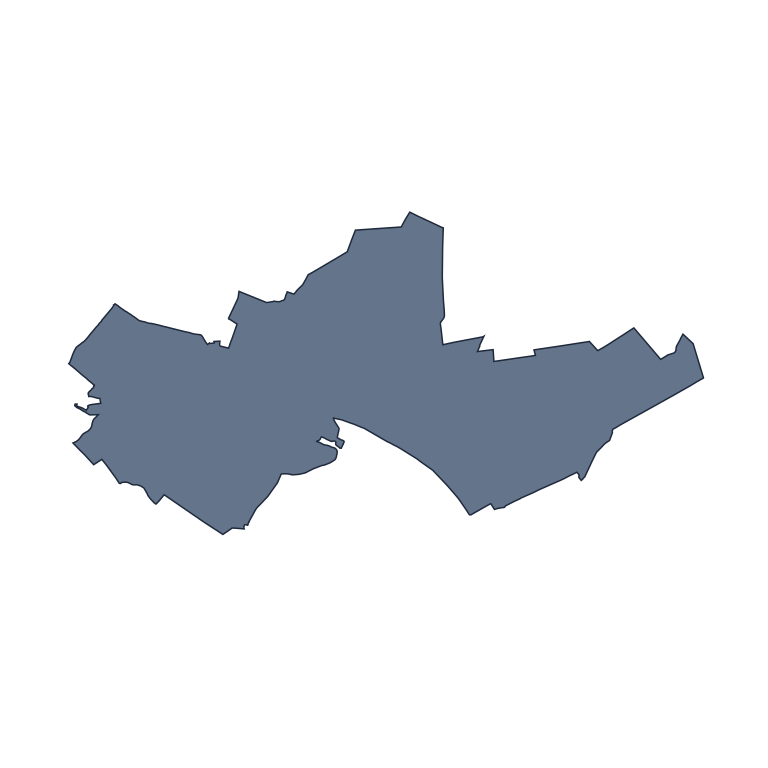 outline of Ortisoara, Timis, Romania, rotated 189°
{"feature_id": "2599482B24150767318125", "entity_name": "Ortisoara", "entity_type": "district", "adm_level": 2, "iso_a3": "ROU", "parent_name": "Romania", "parent_adm1": "Timis", "projection": "natural_earth1", "projection_center": [21.264, 45.956], "detail": "fine", "context": "isolated", "style": "filled", "palette": "slate", "viewbox_px": 768, "rotation_deg": 189, "n_neighbors": 0, "source": "geoboundaries", "source_scale": "gbopen_adm2", "svg_char_len": 6113}
<svg xmlns="http://www.w3.org/2000/svg" viewBox="0 0 768 768"><g transform="rotate(189 384 384)"><path d="M436.3,531.5L438.5,521.4L441.0,508.8L441.3,508.6L454.6,497.5L472.6,482.7L476.0,480.1L477.2,476.4L479.8,469.4L480.2,468.8L483.5,464.5L484.0,463.7L484.7,462.7L485.2,461.9L485.5,461.0L487.1,458.7L494.0,459.9L494.2,458.6L494.8,456.5L495.1,453.6L495.8,451.3L498.1,450.2L498.6,449.8L499.8,449.1L500.4,448.9L501.9,448.7L503.5,448.6L504.1,448.5L505.6,448.7L506.8,447.9L507.3,447.7L509.0,447.3L510.1,446.8L512.8,446.1L541.7,452.8L541.6,446.6L542.1,444.3L546.6,428.7L547.3,426.5L547.8,424.2L547.4,423.9L546.2,423.6L538.5,420.2L540.5,408.9L541.4,404.1L541.8,402.6L543.1,395.2L543.3,395.1L545.0,395.3L548.9,395.6L551.3,395.8L551.9,396.0L552.4,396.6L552.6,397.5L552.7,399.5L552.7,400.6L554.0,400.4L558.6,399.4L558.1,398.2L558.1,397.9L562.3,396.8L562.8,397.2L564.5,395.4L567.4,398.2L567.8,398.9L569.2,400.4L570.4,402.0L571.8,403.4L572.4,403.7L572.6,403.8L574.6,403.9L577.8,403.7L580.5,403.8L583.0,404.1L583.8,404.3L585.5,404.4L586.5,404.4L589.7,404.6L608.7,406.3L610.8,406.4L616.4,407.0L622.4,407.4L626.3,407.3L627.4,407.4L629.1,407.8L634.7,408.2L636.1,408.5L641.2,411.2L642.5,411.7L645.6,413.3L647.0,413.8L649.6,415.1L651.0,415.5L656.5,418.2L657.0,418.4L659.2,419.8L662.2,421.1L662.5,420.5L662.8,420.2L663.3,419.9L663.1,419.7L663.5,418.7L664.6,416.3L672.8,402.6L672.8,402.2L673.5,400.9L674.1,400.2L674.8,399.2L674.9,398.7L675.1,398.4L676.2,396.5L677.0,395.4L679.3,391.6L680.3,389.8L680.8,389.3L681.1,388.7L683.0,385.3L683.3,384.9L683.7,384.0L684.8,382.2L686.7,379.3L688.7,377.5L689.4,376.6L690.2,375.8L690.3,375.6L691.9,374.1L693.6,372.2L694.6,369.7L694.6,369.3L695.1,368.3L696.1,364.3L696.9,360.2L696.9,359.7L697.1,359.2L697.7,356.3L698.6,354.8L691.4,350.6L683.6,345.7L678.6,342.9L676.9,341.6L674.4,340.2L670.9,338.0L669.8,337.4L669.8,337.0L670.1,336.9L670.3,336.7L670.4,336.3L670.5,335.8L670.4,335.1L670.5,334.8L670.6,334.5L671.4,334.0L671.7,333.5L672.1,332.9L672.5,332.0L672.7,331.7L673.4,331.1L674.1,330.1L674.3,329.8L674.3,329.5L674.6,329.2L674.7,328.6L674.6,328.3L674.7,328.2L674.6,327.9L673.6,325.4L672.6,325.7L671.0,325.8L669.0,325.7L667.4,325.4L666.3,325.4L665.8,325.3L663.8,325.1L663.3,325.2L662.6,325.4L662.3,325.2L662.1,324.6L661.7,323.1L660.7,320.6L669.2,318.1L671.3,317.3L672.7,316.5L673.0,316.2L673.2,315.8L672.5,314.8L673.9,311.6L673.9,311.4L677.9,313.0L679.6,313.4L684.1,314.2L684.2,314.5L684.0,316.1L685.9,315.9L686.0,315.0L686.2,314.7L686.1,314.3L685.5,313.8L684.3,313.4L684.3,313.0L683.5,312.6L680.9,311.9L677.8,310.6L676.7,310.0L674.9,309.6L674.3,309.4L673.0,308.6L672.1,308.4L670.4,307.6L669.4,307.5L661.4,309.0L663.8,305.6L665.0,304.1L665.8,301.8L666.1,299.2L666.1,296.8L666.7,294.5L668.0,292.5L669.0,291.2L671.3,289.4L673.3,287.7L674.7,285.3L676.7,281.5L679.0,279.0L682.0,277.1L674.7,271.6L668.8,267.4L658.1,258.9L650.9,265.4L645.7,260.7L634.0,249.0L630.1,244.6L629.1,244.4L628.3,244.7L627.9,245.6L626.4,246.2L623.4,246.7L621.3,246.6L618.7,245.8L617.1,245.2L615.6,245.2L614.1,245.4L613.1,245.7L612.4,245.8L611.4,245.7L608.4,245.2L605.0,243.8L603.6,242.2L600.8,238.7L599.7,236.9L598.1,235.3L596.6,233.9L592.7,230.9L590.9,229.8L590.2,229.9L588.0,233.1L583.8,240.2L542.9,220.7L537.5,218.2L519.6,210.2L512.2,217.2L511.7,217.9L509.0,218.3L499.4,219.0L499.8,219.8L500.0,220.5L499.9,222.8L499.7,223.1L498.2,223.5L496.6,223.1L496.4,223.3L496.4,224.0L496.3,225.1L495.8,226.4L496.0,226.4L491.4,239.1L490.4,241.5L481.3,254.6L479.1,259.0L478.7,259.9L474.0,269.2L473.5,270.7L473.4,271.2L471.5,278.7L470.8,279.3L465.7,280.1L463.5,280.2L460.6,279.9L458.2,280.4L453.7,281.5L448.5,283.6L447.1,284.4L443.9,286.8L440.4,289.3L437.7,290.8L433.7,293.2L431.5,294.2L429.8,294.8L425.3,297.5L424.3,298.2L421.7,300.5L420.6,301.6L420.0,302.8L419.7,304.4L419.5,308.0L419.6,309.6L420.1,311.1L421.3,312.3L422.2,312.9L424.0,313.3L425.5,313.4L426.8,313.7L428.1,314.2L430.7,314.6L432.7,314.5L434.3,314.8L436.0,315.3L437.9,316.0L439.5,316.4L441.4,316.7L441.2,317.2L439.6,318.0L438.5,319.3L437.7,321.8L436.7,321.9L435.0,321.5L431.9,320.4L427.4,319.1L426.0,319.2L425.3,319.7L424.6,319.9L423.4,319.8L422.6,319.3L422.4,318.9L422.5,317.8L422.0,316.4L420.8,315.6L419.6,315.1L418.6,314.5L417.7,313.8L416.9,313.8L416.1,313.9L415.4,316.9L414.8,318.1L414.7,319.2L414.4,320.3L414.3,320.8L414.9,321.5L415.9,321.9L417.7,322.2L421.6,323.6L421.8,324.9L421.3,332.1L421.6,333.3L423.2,335.2L426.1,338.4L427.1,339.7L428.5,341.9L428.6,342.4L420.3,342.0L411.0,340.2L407.4,339.6L398.2,337.4L397.1,337.3L371.4,327.4L369.0,326.8L364.3,325.1L361.5,324.3L357.4,322.7L339.7,315.2L335.7,313.0L322.3,306.4L305.5,293.5L294.4,284.1L291.9,281.8L283.6,273.1L279.2,268.2L277.6,268.4L275.7,270.0L264.4,279.0L261.1,281.6L259.8,282.5L255.3,277.4L252.0,279.0L248.5,280.2L246.6,280.7L245.7,281.1L245.4,281.5L245.0,282.6L236.6,288.7L231.9,291.8L230.7,292.9L226.7,295.5L219.5,300.1L214.2,303.9L210.3,306.4L192.3,318.0L186.1,322.6L182.5,325.0L179.8,327.0L177.2,324.9L177.0,324.5L177.0,324.2L177.1,323.5L177.1,323.1L176.8,322.1L174.1,319.6L172.9,321.1L172.7,321.3L172.7,321.7L172.3,322.3L171.2,323.6L166.7,339.3L163.5,349.7L158.2,357.1L157.7,358.1L157.0,358.8L156.9,359.1L155.5,360.7L154.9,361.1L154.8,361.4L152.4,363.5L150.8,371.6L151.0,372.4L151.2,372.7L150.9,375.1L147.6,377.6L145.6,379.4L142.5,381.9L108.3,408.7L95.6,418.7L81.3,430.1L75.3,435.2L69.6,439.7L69.4,440.0L85.0,472.2L96.5,480.0L97.8,476.4L98.2,475.5L98.3,474.5L101.1,466.8L101.0,462.5L101.6,461.1L102.3,460.1L106.6,457.9L108.4,457.0L109.4,456.0L114.6,451.6L146.0,478.5L153.4,471.8L169.3,457.6L172.7,454.7L178.1,450.4L187.9,458.2L188.3,457.9L193.2,456.4L215.9,449.1L239.5,441.7L241.2,441.1L238.9,436.0L242.0,434.9L252.8,431.6L275.9,424.4L279.0,423.5L280.5,430.3L281.6,435.0L288.3,433.1L296.8,430.7L295.3,436.2L295.6,437.0L292.8,446.8L293.6,446.1L322.3,435.8L332.0,432.0L333.1,435.9L336.4,447.9L337.7,451.9L337.8,452.4L337.8,453.2L337.6,454.0L335.4,458.2L335.2,458.9L335.0,459.7L335.0,460.8L335.3,462.7L336.4,467.7L338.4,475.9L343.1,498.4L347.4,527.7L349.9,547.5L352.5,548.0L360.8,550.5L376.6,555.0L385.4,557.8L388.9,549.4L391.5,541.8L436.3,531.5Z" fill="#64748b" stroke="#1e293b" stroke-width="1.5"/></g></svg>